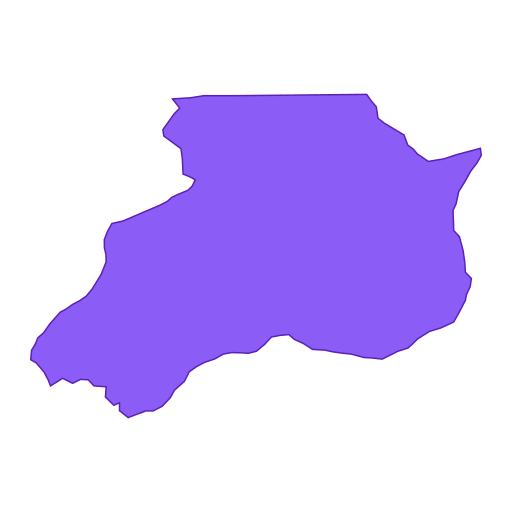 the district of Guaraci, Paraná, Brazil
{"feature_id": "56859067B97135919226715", "entity_name": "Guaraci", "entity_type": "district", "adm_level": 2, "iso_a3": "BRA", "parent_name": "Brazil", "parent_adm1": "Paraná", "projection": "albers", "projection_center": [-51.689, -22.96], "detail": "fine", "context": "isolated", "style": "filled", "palette": "violet", "viewbox_px": 512, "rotation_deg": 0, "n_neighbors": 0, "source": "geoboundaries", "source_scale": "gbopen_adm2", "svg_char_len": 1628}
<svg xmlns="http://www.w3.org/2000/svg" viewBox="0 0 512 512"><path d="M172.5,98.9L179.7,108.1L174.2,113.8L167.5,123.2L162.9,129.6L163.8,136.0L181.0,148.7L182.3,158.4L183.1,174.1L188.9,176.4L195.3,179.7L192.2,186.1L187.9,190.3L177.5,194.6L171.9,197.3L167.1,201.5L160.3,205.0L143.7,212.1L122.9,221.0L111.9,223.5L107.4,231.6L104.3,239.7L104.4,247.8L106.0,254.8L106.1,262.0L101.2,274.2L96.0,282.8L92.1,289.1L86.2,296.2L79.4,300.8L72.3,304.6L65.7,309.3L60.3,312.1L49.9,323.8L43.6,332.8L37.8,337.8L35.3,344.1L31.6,350.2L30.7,359.7L36.2,362.9L44.0,372.0L48.2,379.9L50.5,385.9L62.6,378.3L72.6,383.3L80.5,379.4L88.2,379.8L94.0,385.9L106.2,386.8L105.4,397.0L113.9,405.3L119.5,402.8L119.5,410.7L128.2,417.6L135.7,414.7L146.0,410.9L153.2,410.9L162.3,406.2L170.3,397.7L174.6,390.0L184.4,381.4L189.3,371.7L196.4,366.7L204.2,362.5L214.6,359.0L223.3,354.1L231.4,352.6L240.8,352.8L248.3,353.3L256.5,351.2L264.8,344.2L271.4,337.0L279.9,335.4L288.9,334.6L294.5,339.5L303.2,343.4L312.6,349.4L324.7,350.1L333.1,351.9L343.4,353.3L351.3,354.1L363.9,357.5L371.4,357.9L382.2,359.1L398.0,351.2L407.9,348.1L413.0,343.5L417.6,338.9L429.5,331.4L440.6,328.0L453.7,322.0L458.8,313.0L465.3,300.5L466.6,294.3L470.2,286.6L471.4,278.5L465.4,272.2L464.7,261.6L463.1,250.6L459.4,236.6L453.7,230.5L453.4,220.0L453.0,210.5L456.0,204.1L458.8,191.4L464.2,182.8L470.9,170.9L477.1,162.8L481.3,155.4L480.4,148.3L473.8,150.1L456.1,154.8L443.7,158.9L428.3,161.4L417.3,153.9L413.2,149.0L407.8,145.1L404.0,135.0L384.5,123.3L378.0,118.3L376.3,106.8L371.3,101.0L366.7,94.4L234.0,95.7L203.8,95.7L190.4,97.8L172.5,98.9Z" fill="#8b5cf6" stroke="#5b21b6" stroke-width="1.5"/></svg>